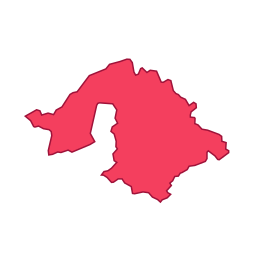 the Administrative County of Warwickshire, rotated 279°
{"feature_id": "GBR-2750", "entity_name": "Warwickshire", "entity_type": "Administrative County", "adm_level": 1, "iso_a3": "GBR", "parent_name": "United Kingdom", "parent_adm1": "", "projection": "mercator", "projection_center": [-1.585, 52.316], "detail": "fine", "context": "isolated", "style": "filled", "palette": "rose", "viewbox_px": 256, "rotation_deg": 279, "n_neighbors": 0, "source": "natural_earth", "source_scale": "10m", "svg_char_len": 1677}
<svg xmlns="http://www.w3.org/2000/svg" viewBox="0 0 256 256"><g transform="rotate(279 128 128)"><path d="M110.1,210.8L107.1,209.6L101.5,199.9L99.8,194.3L96.2,193.0L92.5,188.4L91.5,186.6L88.4,185.3L87.4,181.7L82.9,180.4L80.1,177.9L78.0,179.8L72.0,175.9L70.3,177.5L69.2,180.5L65.2,177.7L62.4,173.0L59.9,171.6L62.0,168.4L63.6,162.9L67.3,158.5L67.2,152.8L64.1,144.8L64.1,142.7L70.7,140.4L73.2,133.3L76.8,130.1L76.2,126.3L72.2,122.1L71.7,120.2L75.9,115.1L77.6,111.2L77.4,109.1L79.0,109.9L81.2,111.1L82.6,114.8L85.7,118.0L92.3,122.3L93.6,119.4L100.0,117.2L105.7,120.8L107.6,119.0L113.1,118.4L119.9,115.3L122.0,111.7L126.6,112.3L131.1,117.0L135.7,113.7L144.1,114.1L149.5,109.1L148.4,95.9L147.6,94.3L145.5,93.5L116.7,91.6L109.3,97.3L105.7,93.0L95.4,76.4L96.8,72.3L93.3,65.6L93.3,62.3L90.2,57.6L89.0,54.0L93.2,52.8L108.6,53.9L112.5,52.7L114.0,50.4L114.1,44.6L115.9,39.4L114.4,35.9L114.7,34.6L120.0,30.7L123.6,24.7L131.7,34.9L131.2,38.3L127.3,40.7L130.2,46.7L129.6,52.4L134.5,54.3L138.5,59.5L152.1,65.5L154.3,68.2L155.8,72.1L173.7,81.6L182.9,96.9L188.0,99.8L192.4,109.7L195.8,116.1L196.1,119.2L193.3,122.0L184.2,125.1L181.4,127.3L182.8,129.8L188.6,131.2L189.6,132.6L185.8,138.0L188.5,140.9L188.6,147.3L178.5,153.6L178.6,155.6L182.1,159.9L181.5,162.9L172.0,166.9L169.5,169.9L168.9,172.5L166.7,175.2L165.3,180.2L159.7,184.8L163.6,188.8L162.5,191.4L158.7,192.3L153.8,187.8L150.5,187.5L148.5,187.9L148.7,192.0L148.0,192.7L142.8,193.3L142.0,196.7L138.4,201.2L138.3,207.0L135.9,218.9L134.4,221.8L129.6,222.8L128.9,227.2L122.5,227.8L121.3,231.0L119.4,231.3L110.9,223.0L111.0,221.5L114.1,218.2L118.0,210.9L116.4,209.8L110.1,210.8Z" fill="#f43f5e" stroke="#9f1239" stroke-width="1.5"/></g></svg>